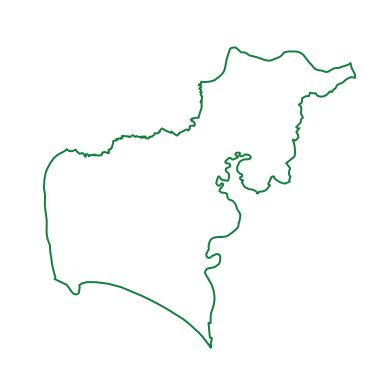 Hoang Hoa, Thanh Hóa, Vietnam, rotated 97°
{"feature_id": "81297802B91620400281223", "entity_name": "Hoang Hoa", "entity_type": "district", "adm_level": 2, "iso_a3": "VNM", "parent_name": "Vietnam", "parent_adm1": "Thanh Hóa", "projection": "mercator", "projection_center": [105.839, 19.866], "detail": "fine", "context": "isolated", "style": "outline", "palette": "green", "viewbox_px": 384, "rotation_deg": 97, "n_neighbors": 0, "source": "geoboundaries", "source_scale": "gbopen_adm2", "svg_char_len": 5971}
<svg xmlns="http://www.w3.org/2000/svg" viewBox="0 0 384 384"><g transform="rotate(97 192 192)"><path d="M44.9,50.4L46.0,51.6L47.3,53.7L49.7,59.2L51.0,61.3L51.5,64.5L52.2,66.5L56.2,71.9L56.5,74.6L55.7,78.0L55.7,81.7L54.9,84.5L53.5,86.6L51.5,88.5L49.0,91.6L42.2,98.3L40.6,101.3L40.1,103.0L39.9,105.5L40.6,112.6L41.7,116.6L42.5,117.8L45.9,119.9L47.5,121.8L51.5,129.2L52.1,130.8L52.3,132.1L52.2,135.4L50.2,144.8L49.5,151.4L47.4,155.5L47.2,156.4L47.1,157.6L47.4,160.0L46.6,161.4L45.4,163.0L43.5,165.9L43.3,167.1L44.1,170.2L45.3,171.7L46.1,171.9L56.1,173.8L63.3,174.2L67.3,174.8L69.5,175.5L71.4,176.7L73.2,178.1L78.0,182.9L79.0,184.7L80.3,188.0L81.0,190.9L81.6,196.3L84.0,196.4L84.5,198.3L85.2,198.1L85.6,196.2L86.4,195.7L87.3,195.9L88.0,197.1L88.3,197.3L89.7,195.3L91.7,196.0L92.0,195.7L92.1,194.6L93.6,195.2L94.5,195.2L94.9,194.5L95.9,194.1L96.1,193.5L99.2,193.6L100.9,193.4L100.7,194.3L101.9,194.4L102.4,193.6L103.6,193.1L107.5,192.8L116.5,194.6L116.9,194.4L117.5,194.6L118.0,197.6L119.3,201.2L120.0,200.8L120.6,201.8L121.4,200.9L122.3,198.5L122.8,198.0L124.1,197.6L125.9,197.6L126.2,200.6L127.3,202.4L129.0,201.9L131.3,203.0L130.6,204.6L130.8,205.4L135.4,212.2L136.0,212.1L136.4,212.3L137.7,213.8L137.8,214.1L134.7,219.7L135.8,220.2L134.0,226.5L132.9,228.7L132.7,229.7L135.5,231.7L135.9,231.2L137.6,232.6L138.1,233.9L138.2,236.0L140.2,236.7L141.0,237.8L141.8,238.2L141.9,239.2L142.3,239.4L142.4,240.9L143.9,241.4L144.2,241.8L144.3,243.6L144.0,244.6L143.2,244.5L142.7,245.3L143.4,246.3L143.3,246.8L143.6,247.2L144.1,247.5L144.3,248.3L144.2,248.8L143.1,247.9L143.8,251.3L143.3,254.0L144.1,254.6L144.1,255.1L142.9,257.6L143.2,258.2L145.0,260.3L144.9,261.8L144.6,261.8L144.8,268.0L146.6,267.7L146.7,268.9L147.7,268.8L147.9,271.7L148.5,271.9L148.6,273.4L150.0,273.1L150.2,274.7L150.7,275.2L151.1,276.4L152.8,276.2L158.5,277.2L158.8,278.1L159.5,278.0L160.0,279.5L160.8,280.0L161.2,280.0L162.1,279.3L163.6,279.5L163.6,280.2L162.8,284.1L163.7,284.6L163.8,285.8L166.0,286.1L166.1,286.6L166.7,286.8L167.0,288.8L167.3,290.0L166.8,293.3L167.5,293.2L167.5,296.2L167.8,297.3L167.9,297.8L168.9,298.3L169.1,299.5L168.5,298.6L167.2,300.4L167.6,302.0L168.3,302.1L169.5,301.7L169.9,302.3L168.2,303.4L168.0,304.2L166.8,305.2L166.9,306.2L167.8,308.0L166.1,310.9L164.2,312.6L165.6,314.9L166.4,317.4L166.1,319.5L164.9,321.6L166.9,323.4L171.7,330.2L175.4,333.3L179.7,335.8L186.8,338.6L190.4,339.5L196.3,340.0L205.5,339.6L212.4,337.6L223.5,336.4L237.6,332.8L250.6,331.3L256.3,329.6L262.0,326.6L269.1,325.3L275.3,323.4L279.5,322.5L285.9,320.3L293.5,317.1L295.2,317.6L299.3,305.3L302.3,302.1L305.0,300.0L307.6,296.9L307.8,295.1L307.7,293.9L307.1,293.0L305.8,292.0L300.4,291.9L298.3,292.5L296.3,290.3L294.3,285.4L293.2,276.3L293.3,263.9L295.1,250.7L301.0,229.7L304.7,218.9L307.6,211.3L311.1,202.7L319.0,185.7L323.1,178.9L330.3,168.7L333.8,164.5L342.7,155.7L343.8,155.1L344.1,154.4L343.8,154.1L342.1,154.2L340.5,155.0L335.3,154.4L334.6,154.7L334.2,155.3L334.4,156.1L334.0,156.6L319.9,159.6L319.6,157.6L312.1,158.4L309.6,158.2L301.7,156.7L296.6,156.5L292.2,157.1L288.0,158.3L281.7,161.1L271.5,168.8L270.7,169.2L269.9,169.3L268.4,169.0L266.5,167.8L265.8,166.4L264.3,161.7L263.6,160.0L260.3,156.6L258.0,155.8L254.2,155.9L252.3,156.2L250.9,157.4L250.6,158.7L250.6,160.0L252.0,162.6L253.0,164.1L255.1,166.2L255.3,166.9L255.1,168.6L254.8,169.0L253.5,169.9L252.1,170.2L250.8,170.0L248.5,169.0L246.3,168.3L244.0,168.9L242.2,168.9L239.5,168.5L237.2,167.7L235.7,166.3L234.6,164.6L233.5,160.5L232.9,156.4L231.9,152.5L230.7,150.7L227.3,147.0L223.5,143.5L221.3,142.1L220.5,141.9L217.3,141.8L214.6,141.3L210.5,141.1L209.4,141.1L207.4,141.8L203.5,145.1L200.1,146.6L198.6,147.5L196.2,149.9L195.9,150.3L194.9,154.2L194.0,155.5L192.4,156.4L190.0,156.9L189.3,157.5L189.1,158.1L188.8,163.1L187.6,164.8L186.3,164.8L181.3,161.9L180.7,162.0L179.9,162.6L179.7,163.3L180.0,163.9L182.2,165.3L182.5,166.0L182.2,167.4L181.4,168.3L180.4,169.0L177.8,168.8L174.2,168.0L173.4,167.6L173.4,166.8L175.9,164.2L176.4,163.3L176.5,158.0L175.9,157.5L175.0,157.2L172.0,157.1L169.6,157.6L167.1,160.9L165.7,161.3L164.8,161.1L163.9,160.2L162.9,158.3L162.2,157.5L160.8,157.3L159.9,157.9L159.3,158.7L159.0,161.9L158.4,162.5L157.6,162.6L157.0,162.3L154.1,159.8L153.5,158.8L153.6,157.8L154.7,156.3L154.8,155.5L154.5,154.6L152.0,150.8L151.3,151.0L150.0,153.0L149.3,153.5L148.1,153.0L147.3,151.6L147.2,150.6L147.5,149.3L148.4,149.0L149.7,149.6L150.6,148.5L150.5,146.8L148.5,144.1L148.2,143.2L148.1,141.8L148.4,139.9L149.6,138.3L150.3,137.9L151.2,138.0L152.2,139.2L152.7,140.3L153.2,144.1L155.0,147.1L156.4,148.5L160.8,150.0L162.8,150.2L164.3,149.9L165.5,149.5L167.0,148.0L167.9,146.6L168.2,145.2L168.9,144.3L170.3,144.1L170.6,144.3L171.2,145.8L171.7,146.0L172.8,145.8L173.7,145.4L173.9,145.0L173.9,143.4L174.1,142.9L174.7,142.8L176.2,143.6L176.7,143.5L180.9,139.9L181.2,139.1L181.3,137.9L182.2,136.3L182.2,132.9L182.7,130.4L183.8,128.2L184.3,127.7L185.2,127.5L185.5,126.8L185.0,126.1L183.5,125.4L183.0,122.5L182.0,120.2L180.9,118.8L179.0,117.2L176.5,116.2L176.2,115.6L175.9,115.5L175.6,115.8L174.8,117.2L173.9,117.2L171.7,116.1L170.2,116.0L169.3,115.3L167.8,115.2L166.7,113.8L166.7,112.5L168.0,112.1L169.5,110.1L171.3,106.6L171.9,104.4L172.3,101.7L172.2,100.5L170.0,96.6L169.6,96.4L168.6,96.9L164.5,96.2L163.9,97.3L161.3,98.1L157.7,97.9L156.8,97.5L156.3,97.7L154.4,99.4L151.9,102.0L145.0,95.2L143.9,94.6L140.5,94.4L134.7,95.6L131.9,96.4L128.1,98.2L127.7,98.0L128.2,95.7L127.9,95.2L124.9,93.0L122.1,93.9L119.7,95.7L115.8,93.4L115.8,95.2L114.8,96.4L110.0,92.7L106.8,92.6L104.5,91.0L101.4,93.1L100.1,93.6L95.7,93.6L94.4,94.1L93.5,94.8L92.3,96.5L91.8,96.2L90.7,94.5L90.2,94.2L88.5,93.8L85.5,94.1L83.4,91.2L82.9,90.0L82.6,87.8L79.1,86.8L79.3,84.4L79.0,81.1L80.3,80.2L81.0,79.4L81.6,77.4L81.6,75.1L80.7,72.3L78.7,69.8L75.5,67.5L75.2,67.1L75.7,65.7L75.4,65.1L73.4,64.2L71.5,62.2L68.6,61.2L66.5,58.8L65.9,57.0L64.6,55.3L62.1,53.3L59.9,50.6L58.7,48.4L58.6,44.0L56.2,44.4L54.7,45.1L49.7,48.5L44.9,50.4Z" fill="none" stroke="#15803d" stroke-width="2"/></g></svg>